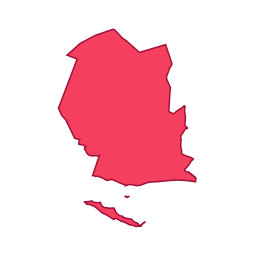 outline of Inhassoro, Inhambane, Mozambique, rotated 109°
{"feature_id": "85939544B58581363474884", "entity_name": "Inhassoro", "entity_type": "district", "adm_level": 2, "iso_a3": "MOZ", "parent_name": "Mozambique", "parent_adm1": "Inhambane", "projection": "equal_earth", "projection_center": [35.058, -21.718], "detail": "fine", "context": "isolated", "style": "filled", "palette": "rose", "viewbox_px": 256, "rotation_deg": 109, "n_neighbors": 0, "source": "geoboundaries", "source_scale": "gbopen_adm2", "svg_char_len": 5702}
<svg xmlns="http://www.w3.org/2000/svg" viewBox="0 0 256 256"><g transform="rotate(109 128 128)"><path d="M36.9,119.6L52.6,141.6L52.6,141.9L52.6,142.4L52.5,142.7L45.9,158.4L44.9,162.5L44.8,162.8L44.4,163.3L39.7,172.3L39.4,173.4L39.4,173.6L39.5,174.1L39.6,174.5L39.9,174.9L51.2,189.2L63.5,200.7L79.0,209.4L79.3,198.5L132.0,200.2L138.1,194.3L140.3,189.8L155.1,175.0L154.8,170.8L154.6,169.9L156.3,169.9L158.1,169.8L158.4,169.4L159.0,169.1L159.3,169.1L159.3,168.6L159.1,167.8L159.1,167.6L159.2,167.1L159.0,166.5L158.9,165.3L158.7,164.7L158.6,164.3L158.8,163.8L159.2,163.4L159.4,163.1L159.3,162.2L159.3,161.8L159.5,161.7L159.8,161.8L160.5,162.4L160.9,162.5L161.7,162.4L162.5,162.1L162.7,161.7L162.8,160.9L163.1,160.5L163.7,160.0L164.2,159.7L164.6,159.4L165.1,158.8L165.9,157.5L166.1,156.9L166.0,156.4L166.0,156.1L166.4,155.8L166.4,154.4L166.3,154.0L166.1,153.7L165.9,153.5L165.8,153.1L166.0,152.6L165.9,152.3L165.8,152.0L165.5,151.5L164.7,149.5L164.4,147.6L164.3,147.3L164.1,146.9L163.4,146.1L184.6,146.0L184.5,145.6L184.2,145.2L184.2,144.8L184.3,143.5L184.4,143.1L184.4,142.8L184.0,142.6L184.0,142.4L183.8,142.1L183.8,141.7L183.5,140.6L183.4,139.3L183.8,134.2L184.1,132.8L184.4,132.1L184.5,131.8L184.4,131.5L184.2,130.5L183.8,129.6L183.2,129.1L183.2,128.7L182.9,128.1L182.3,127.8L182.1,127.4L182.0,127.0L182.1,126.4L181.9,126.4L181.8,125.9L181.8,125.0L182.1,123.9L182.0,123.1L182.2,122.6L182.1,121.6L182.5,119.6L182.5,118.6L182.7,117.6L182.7,116.1L182.6,115.0L182.7,114.6L182.9,113.9L182.9,113.6L182.6,112.9L182.8,112.4L182.7,112.2L182.8,111.8L183.2,111.7L182.8,111.5L182.5,111.2L182.4,111.0L182.4,110.7L182.6,110.3L182.6,110.2L181.5,109.2L180.9,107.9L180.1,104.7L179.8,101.2L179.6,100.9L178.9,99.1L178.2,97.9L174.0,92.7L172.9,91.2L171.0,87.2L169.8,84.0L169.2,82.7L165.2,74.0L162.8,68.4L161.1,64.1L159.8,59.8L158.7,55.7L157.9,52.2L156.9,46.6L155.7,47.0L153.9,47.2L153.6,47.4L153.3,47.7L153.2,48.4L152.6,48.3L152.5,48.5L152.6,49.1L152.3,49.5L152.3,49.8L152.3,50.0L152.2,50.2L152.2,50.7L152.0,50.9L151.7,50.8L151.6,51.0L151.7,51.3L151.7,51.6L151.5,52.0L151.4,52.3L151.4,52.6L151.2,52.8L151.1,53.0L151.2,53.8L151.0,54.2L150.9,54.3L150.7,54.1L150.7,54.9L150.6,55.2L150.4,55.4L150.0,55.5L150.0,55.9L149.8,56.3L149.8,56.6L150.0,56.8L150.2,57.1L150.4,57.9L150.2,58.5L150.3,59.1L150.2,59.5L149.6,60.0L149.7,60.8L148.8,61.0L148.2,60.9L147.0,60.0L144.9,59.1L142.8,58.4L140.0,57.8L137.6,57.0L136.9,56.3L136.6,56.2L136.3,56.1L136.0,56.2L135.8,56.8L135.4,58.7L135.4,60.0L135.4,61.9L135.4,64.2L135.1,68.8L134.8,69.0L132.3,69.8L131.4,70.3L129.4,71.5L126.9,72.6L123.7,73.6L122.3,73.7L121.4,74.1L120.1,74.8L118.3,75.3L117.4,75.3L116.5,75.2L114.8,74.5L112.4,74.0L110.8,73.6L110.0,73.2L109.5,72.6L109.2,71.9L108.9,71.7L108.6,71.7L108.1,72.7L107.9,73.6L107.7,74.1L107.2,74.5L106.8,74.9L105.9,75.3L104.9,75.8L102.4,76.2L99.8,77.0L97.1,78.1L95.7,79.0L93.7,79.9L93.0,80.1L91.9,80.5L91.0,80.7L89.7,80.9L89.2,81.0L88.9,81.2L88.8,81.4L88.8,82.2L89.1,82.4L89.7,82.7L90.6,83.0L91.8,83.9L92.9,85.0L93.6,85.4L93.9,85.7L96.2,87.4L97.6,88.2L99.7,89.6L99.7,90.0L99.7,90.4L99.4,92.5L99.3,94.2L99.2,94.5L98.8,94.8L98.5,95.0L79.0,100.4L77.7,100.5L76.5,100.9L75.7,101.3L69.7,106.9L69.6,107.1L68.4,107.7L67.6,108.0L66.4,108.3L65.8,108.3L64.9,108.3L63.4,108.2L61.5,108.1L59.2,108.2L57.2,108.0L55.4,107.5L54.5,107.3L53.8,107.3L53.2,107.4L52.6,107.6L36.9,119.6ZM212.2,81.7L211.5,81.4L211.2,81.4L210.8,81.6L211.4,81.6L211.6,81.7L212.0,82.0L212.6,82.6L213.6,83.1L214.0,83.4L214.2,83.5L214.7,83.6L215.0,83.9L215.6,84.3L215.8,84.5L216.1,85.3L216.1,86.2L216.0,86.7L215.8,86.9L214.9,87.6L214.8,88.0L214.8,89.2L214.9,91.1L214.8,91.4L214.6,91.7L214.1,93.4L213.8,93.8L213.5,94.1L213.2,94.7L213.1,95.0L213.3,95.8L213.5,96.5L213.5,97.4L213.9,100.4L213.9,101.1L213.9,102.0L214.1,103.3L214.0,103.8L213.9,104.0L213.6,103.9L213.4,103.9L213.3,104.2L213.3,104.7L213.3,105.2L213.5,106.4L213.5,108.3L213.2,108.7L213.1,109.2L212.7,109.6L212.4,110.7L211.8,111.7L211.1,112.5L209.1,114.3L208.9,114.6L208.3,115.1L208.2,115.3L208.6,115.6L208.8,116.1L208.7,116.6L209.0,117.1L209.1,117.6L209.5,118.0L209.6,118.3L209.7,119.1L210.0,119.5L210.0,120.0L210.2,120.4L210.1,121.2L210.3,121.5L210.3,122.2L210.4,122.7L210.8,123.8L210.9,124.4L210.9,125.2L210.6,125.9L209.9,127.3L208.6,129.0L207.9,129.5L207.6,129.5L207.3,129.8L207.3,130.1L207.5,130.6L207.8,130.8L208.2,131.4L208.5,132.1L208.9,133.2L208.9,133.6L208.8,134.2L208.9,134.4L209.1,134.8L209.2,135.9L209.4,136.3L209.5,136.5L209.3,136.8L209.3,137.3L209.2,137.5L208.8,137.8L208.7,138.0L208.8,138.4L209.1,138.8L209.2,139.4L209.8,140.0L210.1,140.6L210.2,141.1L210.4,141.6L210.8,142.2L211.3,143.2L211.5,144.0L212.1,145.0L212.5,144.3L212.7,143.7L213.3,142.8L213.5,142.3L213.5,141.6L213.4,141.1L213.3,140.8L213.1,140.4L212.9,139.7L212.8,139.0L212.9,137.3L213.0,136.6L213.0,135.2L213.2,134.1L213.6,132.6L213.9,131.7L214.1,130.9L214.6,130.2L214.7,129.9L214.8,129.2L215.0,128.9L215.4,128.0L216.0,126.5L216.8,124.5L216.9,123.3L216.9,122.2L217.2,120.2L217.7,117.5L217.8,117.1L218.8,113.3L219.0,112.3L219.1,111.8L219.0,111.5L218.9,111.3L218.4,111.5L217.8,110.8L217.5,109.9L217.4,109.2L217.5,108.4L218.0,106.7L218.0,106.2L218.0,105.7L218.5,104.2L218.2,102.8L218.2,101.0L218.4,99.8L218.5,98.9L218.9,95.7L219.1,94.9L219.1,94.4L218.7,94.2L218.5,93.6L218.5,91.7L218.5,90.2L218.5,89.2L218.5,88.2L218.4,87.8L217.8,87.0L217.5,86.2L216.8,84.0L216.6,83.7L216.3,83.6L216.0,83.7L215.8,83.8L215.4,83.9L214.3,83.1L213.0,82.5L212.2,81.7ZM193.9,108.3L193.8,107.8L194.0,106.4L193.9,106.1L193.3,105.5L192.6,105.0L192.6,105.3L192.6,105.5L193.1,105.9L193.3,106.1L193.5,106.4L193.6,106.6L193.6,106.8L193.4,107.0L193.3,107.5L193.1,107.8L193.1,108.0L193.5,108.1L193.6,108.3L193.8,108.4L193.9,108.3Z" fill="#f43f5e" stroke="#9f1239" stroke-width="1.5"/></g></svg>